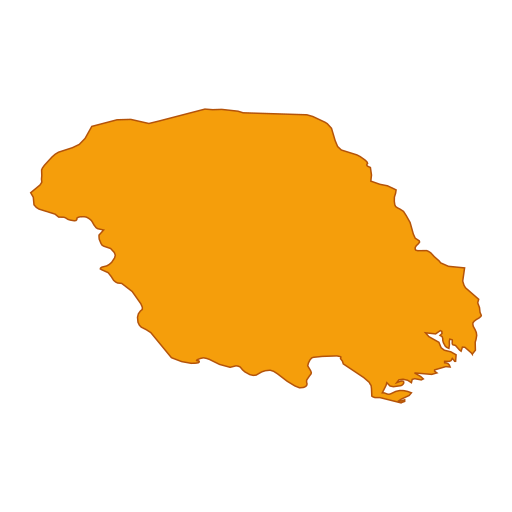 the border of Telemark
{"feature_id": "NOR-922", "entity_name": "Telemark", "entity_type": "County", "adm_level": 1, "iso_a3": "NOR", "parent_name": "Norway", "parent_adm1": "", "projection": "natural_earth1", "projection_center": [8.804, 59.491], "detail": "fine", "context": "isolated", "style": "filled", "palette": "amber", "viewbox_px": 512, "rotation_deg": 0, "n_neighbors": 0, "source": "natural_earth", "source_scale": "10m", "svg_char_len": 4000}
<svg xmlns="http://www.w3.org/2000/svg" viewBox="0 0 512 512"><path d="M472.3,354.2L471.1,352.7L464.9,347.3L462.4,347.1L461.1,351.2L459.6,350.1L455.5,345.5L454.7,345.2L453.6,345.0L452.6,344.6L452.2,343.4L452.3,340.4L452.2,339.8L449.8,339.1L449.3,341.3L449.4,344.9L448.9,348.4L446.6,347.3L445.3,346.2L443.4,342.7L442.8,340.5L442.7,338.4L442.1,336.6L440.0,335.4L442.0,333.5L441.8,331.4L440.3,330.6L435.6,333.9L425.5,332.8L428.8,336.6L438.9,342.3L441.1,347.7L444.3,350.2L450.8,351.8L456.1,354.8L455.6,361.3L454.6,361.3L454.1,360.4L453.1,359.4L452.3,358.4L451.0,360.6L449.3,361.4L444.6,361.3L444.6,362.8L446.5,363.0L448.1,363.7L449.3,365.0L450.1,367.0L445.8,366.6L434.6,369.9L434.6,371.3L435.3,371.7L436.9,372.9L431.7,374.4L414.5,372.9L420.8,376.6L423.3,378.9L421.3,379.9L414.8,378.7L412.2,379.4L411.4,382.7L407.7,380.3L403.1,379.2L398.9,379.8L396.7,382.7L400.2,381.4L402.2,381.0L403.5,381.3L403.8,382.9L403.0,384.3L401.8,385.3L400.7,385.7L393.4,386.7L390.0,386.0L386.8,382.7L386.0,385.5L382.3,392.8L384.2,392.9L387.5,394.1L389.0,394.3L390.7,393.8L395.8,391.4L399.9,390.5L403.7,390.6L407.5,391.4L411.4,392.8L409.1,395.5L401.3,399.1L397.9,401.4L401.4,400.9L404.7,399.8L404.7,401.4L402.0,402.4L401.1,402.9L380.0,397.6L375.0,397.6L373.0,396.9L371.8,396.1L371.5,388.8L371.1,385.5L370.2,384.2L369.2,382.3L363.8,377.6L343.3,363.9L342.4,361.1L340.5,358.6L340.7,358.0L340.8,357.7L340.8,357.3L340.7,356.7L336.9,355.9L322.3,356.4L313.5,357.3L312.3,357.7L312.0,357.8L311.8,357.9L310.1,359.7L308.5,362.8L307.7,365.8L310.7,370.9L311.3,372.6L311.1,373.8L309.5,375.9L306.7,380.0L306.6,381.0L306.6,382.3L307.0,383.6L306.9,384.9L306.2,386.0L304.7,387.0L303.2,387.5L299.5,387.8L294.8,385.9L287.1,381.2L277.5,373.8L273.6,371.3L270.1,370.2L265.3,370.7L261.7,371.9L256.1,375.1L253.3,375.4L249.8,374.6L244.9,371.9L242.6,369.9L240.2,367.0L238.3,366.2L236.1,365.8L230.1,367.3L219.5,364.4L209.4,359.4L206.5,358.4L203.5,357.8L200.5,358.4L197.2,359.7L196.6,360.4L196.9,360.7L198.1,360.8L198.8,360.9L199.2,361.3L199.2,362.0L198.2,362.8L195.5,363.2L191.1,363.3L181.7,361.6L171.7,357.8L171.1,357.3L150.8,332.6L146.3,329.7L141.3,327.2L139.4,325.2L138.0,322.3L137.5,317.3L138.4,313.8L140.4,311.0L142.3,309.4L142.3,307.1L140.8,303.7L132.2,291.5L121.7,283.4L117.6,283.0L115.6,282.0L113.6,280.3L111.2,276.5L108.2,272.7L101.6,269.7L100.3,268.9L100.6,268.0L101.9,267.1L106.7,265.9L109.3,264.4L111.7,262.3L114.6,257.9L115.3,255.2L114.3,252.5L110.6,248.5L103.8,246.2L102.1,245.2L101.0,243.5L99.2,239.1L99.0,236.7L99.0,235.1L103.6,230.0L97.7,228.7L96.1,227.7L94.0,225.0L92.1,221.6L91.3,220.5L90.1,219.4L88.6,218.3L86.4,217.1L84.2,216.7L79.9,216.8L78.0,217.4L76.9,218.2L76.8,219.6L76.0,220.5L74.4,220.8L70.3,220.1L68.0,219.4L65.3,217.7L63.7,217.2L58.7,217.1L55.0,214.1L39.0,209.1L36.3,207.4L34.0,204.8L33.3,197.3L30.7,192.7L40.0,185.0L40.8,183.8L41.8,182.2L41.5,179.1L41.8,175.7L41.6,170.0L42.4,168.1L44.4,165.3L52.0,157.0L55.2,154.2L58.5,152.2L72.4,147.7L79.3,144.4L85.1,138.4L91.8,126.4L117.0,119.8L130.8,119.4L148.9,123.5L159.5,120.9L204.9,109.1L212.8,109.7L221.7,109.4L238.0,111.2L243.1,112.8L306.9,114.8L312.8,116.5L325.1,122.3L327.3,123.7L331.5,128.3L335.1,140.5L337.6,146.5L341.3,150.0L356.9,154.9L360.2,156.6L365.4,160.3L367.1,162.1L367.6,163.5L366.8,164.4L366.9,165.5L367.6,166.2L370.4,167.5L371.5,175.1L370.8,181.1L379.9,184.3L387.5,185.8L396.1,189.9L395.6,193.2L394.4,197.1L394.3,201.3L394.8,204.8L395.7,206.6L397.6,207.9L400.0,209.1L403.5,211.4L406.2,215.6L410.1,222.5L413.3,234.0L415.2,238.2L419.2,240.8L419.6,242.0L418.5,243.6L416.3,245.7L415.2,247.5L415.2,249.2L415.7,250.1L417.7,250.7L426.7,250.6L428.5,251.4L430.7,252.8L434.3,256.7L439.0,260.8L440.7,262.9L448.4,266.3L464.6,267.9L462.7,281.1L464.0,285.3L465.5,287.8L478.7,299.3L477.8,302.3L477.8,303.1L479.5,307.6L480.0,312.3L481.3,315.4L480.9,316.4L478.9,318.1L476.4,319.5L474.3,321.1L473.0,322.7L472.8,324.1L473.3,326.4L475.1,329.7L476.3,332.5L476.7,335.4L476.0,339.5L475.2,342.2L475.4,350.2L472.3,354.1L472.3,354.2Z" fill="#f59e0b" stroke="#b45309" stroke-width="1.5"/></svg>